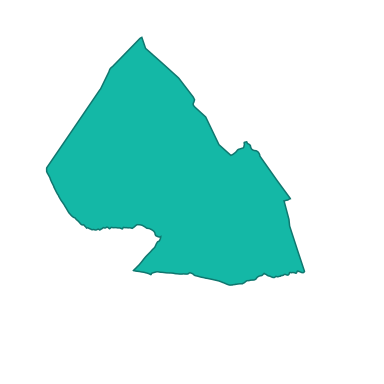 outline of Mabalane, Gaza, Mozambique, rotated 305°
{"feature_id": "85939544B83676990250137", "entity_name": "Mabalane", "entity_type": "district", "adm_level": 2, "iso_a3": "MOZ", "parent_name": "Mozambique", "parent_adm1": "Gaza", "projection": "robinson", "projection_center": [32.524, -23.58], "detail": "fine", "context": "isolated", "style": "filled", "palette": "teal", "viewbox_px": 384, "rotation_deg": 305, "n_neighbors": 0, "source": "geoboundaries", "source_scale": "gbopen_adm2", "svg_char_len": 5878}
<svg xmlns="http://www.w3.org/2000/svg" viewBox="0 0 384 384"><g transform="rotate(305 192 192)"><path d="M94.1,189.1L94.2,189.6L94.4,189.8L95.0,191.4L96.8,194.7L97.5,196.4L98.7,198.7L98.7,198.9L99.0,199.5L99.2,200.2L99.3,200.4L99.3,200.5L99.7,201.4L99.7,201.5L99.8,201.8L100.2,203.0L100.4,203.9L100.7,205.7L101.2,205.8L101.6,205.6L102.2,205.6L103.2,206.2L104.1,206.9L106.0,208.5L106.5,209.0L107.2,210.0L107.5,210.8L108.2,212.2L109.2,213.8L111.1,217.4L112.5,219.6L113.1,220.5L114.0,221.9L114.7,223.2L115.5,225.1L116.7,227.1L117.8,229.1L118.9,230.7L119.3,231.2L119.5,231.3L119.7,231.5L119.8,231.7L120.1,232.0L120.5,232.8L121.7,234.7L122.0,235.1L122.4,235.4L122.5,235.6L123.1,235.9L124.1,236.2L124.8,236.6L124.9,237.4L125.3,238.8L125.4,239.5L125.3,240.5L125.2,241.0L125.2,241.9L125.3,242.4L126.4,245.2L127.0,247.0L127.5,248.4L128.2,249.9L128.5,250.5L129.4,253.0L129.9,253.8L132.3,259.4L133.0,261.2L134.5,264.9L135.2,267.6L135.5,269.1L135.8,270.0L136.5,273.5L136.6,273.9L137.0,275.3L137.4,276.3L137.6,276.6L138.3,277.5L138.6,277.9L138.7,278.0L138.9,278.1L138.9,278.3L139.8,279.0L140.7,280.1L141.4,280.6L141.4,280.8L141.6,280.9L141.8,281.2L142.8,282.2L143.6,283.1L144.4,284.0L145.1,285.1L145.5,285.5L145.7,285.8L145.8,286.0L146.6,286.2L146.8,286.4L147.5,286.8L148.8,287.2L149.3,287.3L150.7,287.8L150.9,288.0L151.2,288.3L151.7,289.0L152.1,289.5L153.5,290.7L153.9,291.2L154.3,291.8L154.5,291.9L154.6,292.1L155.2,292.9L155.9,293.6L156.5,293.9L157.0,294.2L157.5,294.3L159.2,294.3L160.6,294.7L161.7,295.3L162.1,295.6L163.5,297.0L164.1,297.3L164.5,297.4L166.1,297.6L166.6,297.7L166.8,297.9L166.8,298.1L166.6,298.6L166.6,298.9L166.8,299.2L167.0,299.9L167.0,300.1L166.9,301.1L167.0,302.2L167.2,302.9L167.6,303.7L167.9,304.9L168.0,306.0L168.2,306.4L168.3,307.0L168.6,307.6L169.0,308.3L169.4,308.6L169.9,308.8L170.8,309.0L171.0,309.3L171.2,309.6L171.6,310.7L172.3,311.4L172.9,311.8L173.8,312.8L174.0,312.8L174.4,312.7L174.6,312.8L174.6,313.0L175.0,313.5L175.9,314.3L176.4,314.6L176.8,314.7L177.3,314.8L177.5,315.0L178.0,315.6L178.4,317.2L178.9,318.2L179.5,318.5L180.1,318.6L180.9,318.5L181.6,318.2L182.0,318.2L182.5,318.7L182.7,319.5L183.0,319.8L183.4,320.2L183.5,320.3L184.0,321.0L184.4,321.7L184.6,322.1L184.8,322.8L184.8,323.0L185.1,323.8L185.7,324.0L187.5,323.7L187.8,323.9L188.0,324.1L188.1,324.8L188.7,326.7L188.8,327.7L189.2,328.6L189.5,329.1L190.0,329.6L190.3,329.7L191.5,329.7L204.9,311.7L220.1,291.5L225.1,287.2L237.5,272.5L237.9,273.0L238.4,273.2L238.6,273.5L239.1,273.8L239.8,274.4L239.8,274.6L240.8,275.3L242.2,275.8L242.9,276.4L243.1,276.1L250.1,255.4L260.3,227.1L260.8,226.6L261.4,226.0L262.1,224.8L262.4,224.0L262.6,223.5L262.7,223.0L262.7,221.5L262.5,220.7L261.8,219.4L261.5,218.6L261.3,217.6L261.3,216.5L261.5,215.9L262.2,214.6L262.3,214.4L262.5,214.3L262.5,214.1L262.9,213.7L263.1,213.6L263.3,213.4L263.3,213.2L263.5,213.1L263.5,212.9L263.8,212.3L263.8,211.6L263.7,210.8L263.6,209.8L263.7,209.3L264.4,208.2L264.5,208.0L262.7,206.4L262.4,206.4L262.0,206.6L261.1,207.6L260.8,207.7L259.4,208.3L258.7,208.6L258.2,208.7L257.8,208.7L257.1,208.4L256.3,207.8L256.2,207.6L255.1,206.8L255.0,206.7L254.3,206.2L253.9,205.8L253.7,205.7L253.4,205.5L253.2,205.5L252.6,205.2L250.4,205.1L249.0,204.8L246.4,204.0L244.8,203.1L244.3,202.9L246.2,187.0L261.3,160.2L263.1,146.3L263.3,145.1L263.7,143.8L264.2,142.9L264.6,142.6L265.2,142.2L265.6,142.1L266.1,142.1L266.9,141.9L268.7,141.3L269.0,141.2L269.3,140.7L270.0,139.4L270.4,138.8L277.7,115.7L280.2,95.9L283.0,71.6L289.9,62.2L288.8,61.6L288.0,61.3L287.6,61.2L286.3,61.0L250.7,55.2L249.8,55.1L247.7,54.5L246.7,54.3L245.3,54.3L243.8,54.7L243.4,54.9L223.9,58.0L223.4,58.0L222.8,57.9L163.4,58.7L128.6,59.1L128.3,59.2L127.6,59.6L125.3,61.3L125.0,61.9L124.9,62.0L124.5,62.7L124.4,62.9L124.1,63.6L122.5,66.9L121.4,68.6L121.1,68.8L120.8,69.4L120.7,69.5L119.5,71.5L118.4,73.6L118.0,74.3L117.6,75.0L117.0,76.1L116.8,76.1L114.4,80.5L113.1,83.1L112.8,84.1L111.9,85.6L110.1,89.4L108.3,94.4L107.5,96.0L106.4,98.6L105.7,100.1L104.6,102.5L104.1,103.9L104.1,104.3L103.6,106.1L103.6,106.3L103.5,106.7L103.3,108.1L103.3,109.6L103.5,110.3L103.7,111.2L103.5,111.7L103.1,113.0L102.9,115.3L102.6,116.8L102.1,118.7L101.9,119.7L102.0,120.7L102.3,121.3L102.9,121.7L103.0,122.1L102.9,122.5L102.7,123.2L102.4,125.0L102.0,126.4L102.7,126.9L103.0,127.4L103.1,128.3L103.1,129.0L103.5,129.9L103.5,130.9L103.6,131.4L103.9,132.0L104.7,132.7L105.2,133.8L105.2,134.1L105.5,134.7L106.1,135.4L106.8,135.8L107.8,136.5L107.9,136.9L108.0,137.6L107.9,138.1L108.0,138.2L108.7,138.6L109.0,138.5L109.8,139.1L110.1,139.1L110.7,139.5L111.4,139.6L112.0,139.8L112.1,140.2L112.4,141.1L112.9,141.7L113.3,141.9L114.3,142.3L114.6,142.8L114.8,143.8L114.6,144.9L114.6,145.2L114.7,145.6L115.2,145.7L115.7,145.9L116.4,146.0L116.8,146.3L117.2,147.2L117.6,148.0L118.3,148.9L119.2,150.1L119.5,150.7L119.9,151.6L120.4,152.4L120.9,152.9L121.4,154.4L121.6,155.6L121.8,156.1L122.0,156.2L122.3,156.2L122.5,156.1L123.3,156.0L123.6,156.1L124.4,157.6L124.9,158.4L125.1,158.5L125.7,159.7L125.9,160.1L126.5,160.9L126.6,161.0L127.2,161.9L127.5,162.7L127.7,163.2L128.0,163.9L128.3,164.0L129.8,164.6L133.3,165.5L133.9,166.0L134.8,167.4L135.4,168.3L135.5,168.6L135.7,169.2L136.1,170.1L136.2,170.8L136.4,173.3L136.4,175.7L136.7,176.3L137.2,177.3L137.5,177.8L137.7,178.5L137.8,179.6L138.1,180.1L137.9,179.9L138.0,181.5L138.0,182.8L137.9,183.4L137.5,184.5L137.4,184.6L137.3,184.8L136.9,185.4L136.1,186.2L136.1,186.4L135.9,186.5L135.7,186.9L135.5,187.3L135.5,187.8L135.9,189.9L136.4,191.1L136.8,191.5L137.1,191.8L137.6,192.0L137.3,192.2L137.0,192.3L136.8,192.4L135.5,192.9L134.1,193.2L132.9,193.2L132.7,193.1L131.5,192.4L131.0,192.4L129.3,192.5L128.2,192.7L127.3,192.9L125.9,193.1L125.6,193.2L125.0,193.2L122.0,192.6L119.0,192.3L114.9,191.6L112.3,191.2L108.9,190.9L107.1,190.9L106.6,190.8L105.8,190.8L101.5,190.4L99.6,190.0L98.1,189.8L95.1,189.2L94.1,189.1Z" fill="#14b8a6" stroke="#0f766e" stroke-width="1.5"/></g></svg>